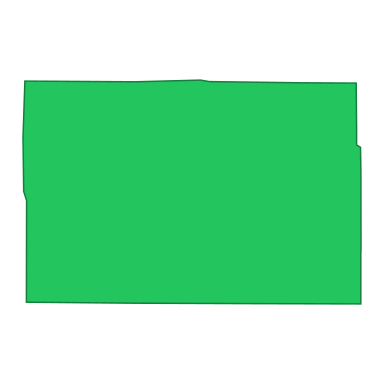 the district of Carlton, Minnesota, United States of America
{"feature_id": "52423323B32701747580552", "entity_name": "Carlton", "entity_type": "district", "adm_level": 2, "iso_a3": "USA", "parent_name": "United States of America", "parent_adm1": "Minnesota", "projection": "orthographic", "projection_center": [-92.563, 46.593], "detail": "fine", "context": "isolated", "style": "filled", "palette": "green", "viewbox_px": 384, "rotation_deg": 0, "n_neighbors": 0, "source": "geoboundaries", "source_scale": "gbopen_adm2", "svg_char_len": 407}
<svg xmlns="http://www.w3.org/2000/svg" viewBox="0 0 384 384"><path d="M24.9,81.1L23.0,137.6L23.7,191.4L26.6,200.5L26.4,302.2L136.8,303.2L246.5,303.6L360.8,303.9L360.8,301.6L360.8,294.5L360.8,264.8L360.8,254.1L361.0,248.7L360.9,184.6L360.9,171.7L360.5,147.3L356.6,145.0L356.6,130.7L356.2,83.1L300.9,82.8L209.3,81.6L200.5,80.1L135.1,81.8L24.9,81.1Z" fill="#22c55e" stroke="#15803d" stroke-width="1.5"/></svg>